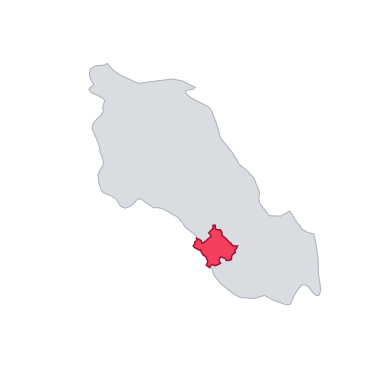 location of Dibër, Dibër, Albania, rotated 142°
{"feature_id": "67620474B73468897065558", "entity_name": "Dibër", "entity_type": "district", "adm_level": 2, "iso_a3": "ALB", "parent_name": "Albania", "parent_adm1": "Dibër", "projection": "mercator", "projection_center": [20.381, 41.713], "detail": "fine", "context": "in_parent", "style": "filled", "palette": "rose", "viewbox_px": 384, "rotation_deg": 142, "n_neighbors": 0, "source": "geoboundaries", "source_scale": "gbopen_adm2", "svg_char_len": 2607}
<svg xmlns="http://www.w3.org/2000/svg" viewBox="0 0 384 384"><g transform="rotate(142 192 192)"><path d="M126.7,116.9L127.0,111.5L128.2,103.0L127.5,100.2L128.3,95.3L125.8,88.8L121.8,84.1L125.7,75.8L131.3,65.7L136.6,57.8L143.0,49.4L147.2,41.4L151.8,34.6L155.7,32.4L157.7,33.9L158.7,36.9L158.5,45.8L159.8,48.9L162.5,51.2L168.2,50.0L174.6,47.8L183.2,43.1L184.6,43.4L187.8,45.9L194.4,56.6L198.8,66.1L207.4,69.3L212.3,73.0L218.4,78.6L221.4,84.2L225.7,101.3L226.1,111.7L224.9,116.4L223.9,117.6L220.0,134.4L220.9,142.9L220.9,148.5L217.6,150.7L215.5,154.2L219.0,168.1L218.6,174.0L218.7,180.8L225.1,196.3L228.8,201.0L232.1,203.3L236.4,217.5L238.9,219.9L249.3,218.6L254.4,220.2L256.4,223.5L256.9,225.8L256.2,233.7L258.7,239.8L262.2,246.1L262.2,249.9L259.9,256.1L255.7,263.4L250.2,266.2L244.2,268.6L241.3,274.2L239.8,280.2L237.1,284.6L235.4,289.5L232.8,299.5L232.2,303.1L228.1,306.7L221.8,308.2L216.1,308.5L212.2,310.2L210.3,313.6L206.7,316.3L204.5,317.5L204.5,320.5L207.1,326.8L210.1,331.9L210.2,336.0L208.7,337.1L204.1,336.6L203.1,338.1L202.6,342.7L201.3,346.6L199.4,349.0L196.1,351.6L190.0,350.7L184.3,346.8L181.3,345.6L179.6,345.7L179.1,336.2L176.7,328.7L167.6,310.8L138.1,293.3L131.2,285.5L128.2,278.9L125.1,272.6L128.0,272.4L130.9,274.0L134.6,275.9L136.1,272.8L134.5,265.9L126.9,249.9L126.3,245.5L130.1,232.1L136.3,216.9L135.9,198.6L137.8,184.7L135.6,175.7L134.6,164.6L139.2,149.8L143.1,146.1L145.5,141.5L145.6,125.6L136.8,118.3L126.7,116.9Z" fill="#d9dde1" stroke="#a8b0b8" stroke-width="1"/><path d="M196.8,117.8L195.1,117.6L194.1,119.9L192.4,120.0L189.4,121.4L192.8,124.2L192.7,125.4L193.3,126.1L192.8,127.9L193.4,129.1L194.0,135.2L195.0,139.0L193.2,142.4L192.9,144.6L195.6,147.2L196.1,148.9L194.9,150.4L194.1,151.5L195.6,152.7L196.1,152.8L197.1,151.2L198.3,150.3L200.6,150.0L203.7,149.6L204.1,148.9L203.9,146.2L204.7,145.3L209.4,145.1L211.3,144.7L211.9,145.0L213.6,145.0L215.4,145.2L215.7,146.0L214.8,147.2L214.8,148.1L215.3,149.7L216.9,152.8L217.6,151.2L218.7,150.8L220.5,151.0L221.3,150.2L222.1,149.2L224.0,149.0L224.3,148.0L224.2,146.6L223.9,145.7L223.0,144.4L222.9,143.1L221.6,141.3L220.8,141.3L221.3,140.4L221.6,139.2L221.8,137.9L222.1,135.8L221.8,134.9L221.3,134.9L221.5,133.7L220.7,132.1L221.0,131.4L221.4,131.0L221.8,129.6L222.0,128.3L222.4,127.5L224.3,126.3L225.7,125.6L225.7,124.8L224.6,121.4L222.5,122.7L220.8,122.5L219.1,119.6L215.9,118.7L213.3,118.3L213.3,120.7L211.6,122.4L209.7,123.3L208.5,122.4L208.0,121.0L207.2,120.3L206.7,118.7L207.2,117.2L205.6,115.6L204.6,115.2L202.6,114.5L201.4,115.7L200.5,116.8L199.4,117.5L196.8,117.8Z" fill="#f43f5e" stroke="#9f1239" stroke-width="1.5"/></g></svg>